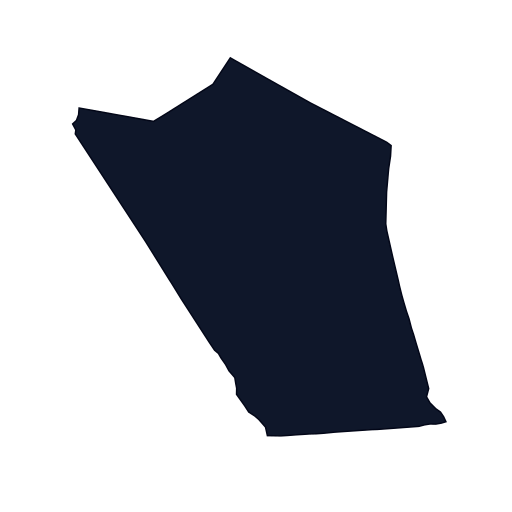 Macaíba, Rio Grande do Norte, Brazil, rotated 79°
{"feature_id": "56859067B85217474168126", "entity_name": "Macaíba", "entity_type": "district", "adm_level": 2, "iso_a3": "BRA", "parent_name": "Brazil", "parent_adm1": "Rio Grande do Norte", "projection": "mercator", "projection_center": [-35.38, -5.941], "detail": "fine", "context": "isolated", "style": "filled", "palette": "ink", "viewbox_px": 512, "rotation_deg": 79, "n_neighbors": 0, "source": "geoboundaries", "source_scale": "gbopen_adm2", "svg_char_len": 1167}
<svg xmlns="http://www.w3.org/2000/svg" viewBox="0 0 512 512"><g transform="rotate(79 256 256)"><path d="M77.0,401.4L83.5,403.2L88.7,406.4L91.4,410.8L97.9,408.8L101.7,410.1L220.8,361.6L262.7,345.6L266.4,344.1L284.0,337.5L331.6,318.4L340.6,314.6L344.4,311.5L349.4,309.8L356.6,306.6L363.6,304.4L371.3,300.0L377.5,300.2L382.1,300.2L388.1,301.5L400.8,295.7L407.8,292.9L412.8,287.7L416.9,284.5L425.8,279.3L434.5,279.1L437.3,265.9L438.2,259.1L439.2,250.4L440.1,243.6L440.9,237.2L442.0,230.7L442.9,223.3L443.4,218.0L443.9,212.5L445.0,203.6L448.0,179.6L448.5,175.6L449.4,169.9L451.5,152.4L454.3,128.6L453.9,122.8L454.1,117.2L455.3,111.6L455.4,106.0L454.9,101.2L449.6,102.5L444.4,104.7L440.3,108.6L433.3,113.3L426.8,115.5L419.1,111.8L397.5,112.9L393.1,113.3L389.2,113.8L384.9,114.2L372.2,115.5L363.4,116.3L356.5,117.2L346.8,117.8L338.8,118.9L329.4,119.8L322.1,120.4L312.4,120.9L307.5,121.0L282.3,122.0L256.3,122.8L249.2,122.5L218.1,115.6L209.4,113.1L204.9,111.8L199.6,110.3L195.2,109.0L183.7,104.9L173.4,102.3L169.3,106.0L115.9,173.7L83.0,212.5L59.8,239.7L56.6,243.4L79.2,265.5L99.6,318.2L104.3,330.9L77.0,401.4Z" fill="#0f172a" stroke="#020617" stroke-width="1.5"/></g></svg>